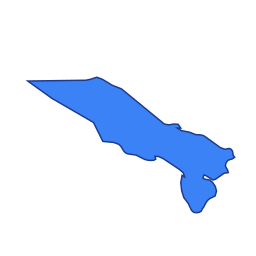 the Independent Town of Suðurnes, rotated 212°
{"feature_id": "ISL-704", "entity_name": "Suðurnes", "entity_type": "Independent Town", "adm_level": 1, "iso_a3": "ISL", "parent_name": "Iceland", "parent_adm1": "", "projection": "natural_earth1", "projection_center": [-22.463, 63.949], "detail": "fine", "context": "isolated", "style": "filled", "palette": "blue", "viewbox_px": 256, "rotation_deg": 212, "n_neighbors": 0, "source": "natural_earth", "source_scale": "10m", "svg_char_len": 1152}
<svg xmlns="http://www.w3.org/2000/svg" viewBox="0 0 256 256"><g transform="rotate(212 128 128)"><path d="M181.4,154.5L175.8,155.7L167.5,155.9L164.6,155.8L154.2,157.7L99.3,150.6L95.0,152.3L91.3,155.6L87.5,157.7L83.2,155.9L86.1,154.1L81.3,154.1L73.7,157.0L67.2,158.2L63.3,160.4L61.0,161.3L58.8,161.6L39.2,160.3L34.7,161.3L33.7,162.0L32.6,163.2L31.3,164.2L29.8,164.7L27.3,163.9L24.2,160.5L22.0,159.7L23.2,157.0L24.8,155.3L26.1,153.5L26.4,150.6L25.5,147.7L23.8,146.4L21.6,145.4L19.3,143.3L22.5,140.6L26.6,131.0L28.4,128.9L37.4,128.9L38.7,128.1L37.9,125.3L35.8,125.3L31.1,127.2L27.2,126.6L23.0,124.7L19.5,121.4L18.1,116.5L21.3,111.4L22.0,109.3L22.3,106.3L21.9,100.8L22.1,98.4L21.8,96.3L23.0,94.1L25.2,92.3L27.7,91.3L30.7,91.9L36.8,95.9L43.8,98.6L49.3,103.3L54.3,109.7L57.0,116.5L54.1,116.5L57.4,119.3L62.4,120.1L82.1,120.7L87.0,120.0L90.2,118.2L87.9,116.3L89.1,114.2L91.9,112.3L94.3,111.1L97.3,110.2L106.9,109.3L114.3,106.0L116.6,105.6L119.1,106.1L124.4,108.7L127.1,109.3L132.4,108.2L142.2,103.3L160.2,114.4L181.6,113.7L207.9,112.8L237.9,114.7L189.0,146.2L185.4,149.7L181.4,154.5L181.4,154.5Z" fill="#3b82f6" stroke="#1e3a8a" stroke-width="1.5"/></g></svg>